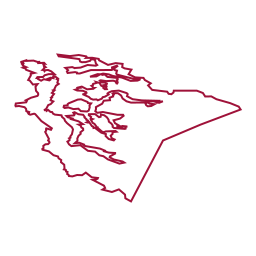 the district of Divtasvuodna smj 1, Nordland, Norway
{"feature_id": "86288312B68472629952470", "entity_name": "Divtasvuodna smj 1", "entity_type": "district", "adm_level": 2, "iso_a3": "NOR", "parent_name": "Norway", "parent_adm1": "Nordland", "projection": "natural_earth1", "projection_center": [16.254, 67.97], "detail": "fine", "context": "isolated", "style": "outline", "palette": "rose", "viewbox_px": 256, "rotation_deg": 0, "n_neighbors": 0, "source": "geoboundaries", "source_scale": "gbopen_adm2", "svg_char_len": 5557}
<svg xmlns="http://www.w3.org/2000/svg" viewBox="0 0 256 256"><path d="M57.8,54.6L58.7,56.3L79.4,59.1L80.1,61.5L81.8,62.2L85.7,62.1L90.1,60.8L90.9,59.5L93.2,59.3L95.0,60.1L95.9,63.5L97.2,65.0L95.8,65.7L87.6,65.0L80.5,67.6L74.8,68.0L75.4,68.4L72.3,67.1L65.4,67.9L68.1,70.2L66.9,71.5L67.6,73.0L75.1,72.1L77.0,72.6L77.0,73.4L79.7,73.5L90.8,70.1L111.4,70.0L112.3,69.7L112.0,67.4L116.9,65.7L117.3,66.2L113.6,68.9L115.0,70.2L117.0,70.6L116.2,73.5L117.0,74.6L133.7,78.9L139.8,79.1L139.7,79.7L137.5,80.6L130.6,80.9L122.0,77.6L112.7,75.9L108.8,74.4L103.1,73.6L100.7,74.2L102.5,74.9L105.9,74.1L105.1,74.8L107.4,76.9L116.8,77.9L117.7,78.6L117.7,79.5L116.9,80.0L117.7,82.4L117.2,83.5L116.5,83.4L115.3,81.3L113.2,80.7L106.3,81.1L100.7,80.3L99.9,80.6L101.5,82.4L104.4,82.5L106.9,83.5L106.5,84.8L104.3,85.1L106.5,86.7L106.0,87.5L106.8,89.1L104.8,89.2L103.4,88.0L104.0,87.1L101.1,85.6L99.5,82.9L96.2,82.0L96.9,82.8L93.1,83.9L92.9,85.2L91.5,85.8L92.7,86.7L92.8,88.0L94.4,88.0L93.3,88.8L87.0,89.3L81.8,86.6L79.0,87.3L79.7,87.8L77.3,88.0L77.6,89.0L75.3,89.7L77.2,90.5L82.9,90.8L86.2,92.1L86.5,92.8L85.2,93.5L86.4,94.1L82.5,94.1L88.9,97.0L90.7,98.7L93.1,99.6L96.5,99.4L97.8,100.3L101.8,98.7L102.7,97.2L104.9,96.7L108.6,94.5L107.6,93.4L108.6,92.6L111.8,91.2L118.9,90.6L126.7,93.1L127.7,94.1L127.0,96.2L132.6,99.2L141.9,100.4L159.0,100.8L158.3,102.0L162.9,101.3L159.1,102.8L153.5,101.3L146.6,101.6L149.6,103.7L154.5,104.2L151.2,106.0L147.8,106.3L146.2,105.2L145.5,103.7L146.5,103.0L145.5,102.5L131.0,102.6L126.5,101.3L122.6,98.5L121.1,95.5L117.9,93.2L113.5,93.1L112.7,93.5L113.8,94.7L112.9,95.4L113.1,96.5L109.6,97.7L110.0,100.2L103.8,100.7L102.2,103.7L95.9,107.1L96.0,109.1L95.3,111.2L97.3,112.8L102.8,112.0L117.4,114.8L123.1,114.8L123.6,115.8L120.0,118.6L113.6,120.3L115.0,123.2L119.3,125.7L116.5,126.3L120.5,127.2L122.2,126.8L121.7,126.3L122.2,126.0L127.3,126.5L125.2,127.1L125.6,128.6L124.9,128.9L114.0,128.0L112.6,126.8L112.7,125.4L111.4,123.6L108.9,121.7L108.5,119.6L106.9,117.3L104.3,115.3L101.0,114.5L100.6,116.8L99.0,117.2L95.1,114.1L88.9,114.2L88.8,115.2L91.1,116.9L90.6,118.5L92.7,119.1L91.0,120.0L92.7,122.9L94.5,123.9L97.0,127.3L98.5,127.5L97.6,127.8L102.1,131.7L103.8,132.2L105.8,131.4L115.5,131.0L116.4,131.7L112.5,132.1L112.6,133.9L110.7,135.7L111.8,138.3L114.6,139.5L113.8,140.4L108.7,139.0L105.6,136.0L105.9,134.1L101.3,132.7L94.7,127.7L93.5,128.0L93.2,126.6L91.9,126.1L89.1,122.0L88.1,122.6L86.7,122.3L88.1,121.5L88.0,120.6L86.3,119.7L86.4,119.1L84.5,117.5L84.7,116.9L83.2,114.8L78.3,114.2L74.6,112.2L73.3,112.7L74.6,114.6L74.0,115.4L66.4,116.0L67.6,117.2L72.3,118.5L71.4,119.2L78.5,121.3L82.9,124.1L78.7,124.6L80.8,125.7L81.3,127.4L83.1,128.5L83.2,130.1L80.4,132.3L80.7,133.8L78.5,135.8L77.3,138.5L77.5,140.8L74.9,143.1L79.4,142.8L83.8,144.5L83.5,144.9L85.0,146.0L100.0,148.6L104.8,150.6L104.2,151.3L108.8,152.6L115.1,153.0L115.1,153.6L109.9,156.4L109.7,157.3L113.8,159.5L122.6,161.5L124.3,162.6L119.4,163.6L107.9,159.4L103.4,156.2L99.3,155.3L95.1,151.6L87.9,150.8L80.3,145.2L71.4,146.1L69.0,144.3L67.4,141.6L69.5,140.3L69.6,138.8L69.1,138.3L70.5,137.6L70.3,136.4L71.9,134.3L73.0,129.4L71.9,127.2L67.0,123.1L64.9,120.7L64.4,119.0L62.0,116.9L61.5,115.3L54.9,114.6L53.0,113.6L52.2,112.1L50.4,111.9L48.1,109.9L46.7,110.8L46.6,110.1L44.0,110.2L46.2,108.9L48.2,105.1L50.7,104.1L53.3,101.4L50.6,100.3L51.5,98.0L51.1,97.6L52.2,97.1L52.0,96.4L54.0,94.0L51.9,92.9L53.8,91.0L53.1,90.3L54.6,89.9L54.2,89.4L56.0,85.7L58.7,83.9L57.3,82.7L58.2,80.0L56.9,79.2L57.9,78.5L54.9,76.3L54.1,77.0L53.0,75.6L53.5,78.2L50.7,77.7L48.9,78.4L50.5,78.8L50.6,79.5L49.4,80.4L43.8,79.2L41.1,80.7L38.2,79.1L38.4,78.4L36.7,78.1L37.4,77.1L43.0,77.0L44.6,75.3L48.8,74.1L54.4,74.1L51.3,71.4L48.1,70.0L45.4,70.2L44.5,71.2L43.9,70.0L42.6,69.9L44.4,68.1L44.1,67.1L45.5,67.0L43.3,64.6L43.4,63.5L44.9,63.7L44.1,62.8L38.1,63.1L37.9,62.5L40.2,61.8L37.7,62.0L33.5,60.6L26.2,60.9L26.2,60.3L20.5,62.1L24.0,62.6L21.0,63.5L23.2,63.8L22.6,64.7L23.1,65.1L22.9,65.7L26.1,67.1L23.3,67.8L25.7,68.7L26.1,69.8L34.5,72.9L30.7,73.7L30.8,75.5L28.2,80.0L29.8,80.6L32.9,84.5L37.5,84.1L35.5,86.7L36.0,90.8L38.1,93.2L38.2,94.8L37.5,95.9L31.1,97.7L25.8,100.3L26.9,100.9L26.2,102.3L15.8,103.5L15.4,105.6L15.7,106.3L19.1,106.0L24.6,107.2L26.1,108.9L26.3,111.1L29.1,112.0L28.7,112.7L29.8,113.1L28.2,113.2L28.7,114.0L30.2,114.7L34.1,113.7L35.2,114.1L41.4,121.1L51.8,128.3L51.0,129.8L46.3,128.4L46.0,129.0L46.2,130.6L45.2,131.9L48.9,138.9L48.1,140.5L49.2,141.4L49.5,142.6L48.1,144.1L45.4,144.3L43.3,145.9L43.5,148.1L42.3,149.0L42.5,149.7L48.9,151.4L53.5,155.2L58.0,156.5L58.6,158.3L61.2,160.0L61.0,162.2L64.2,164.7L64.5,168.4L63.9,169.4L65.8,169.9L66.1,171.5L67.5,171.9L67.2,174.0L68.5,174.7L68.9,176.0L72.4,176.4L77.1,175.0L82.1,175.2L85.8,172.6L91.8,177.3L97.9,178.0L97.6,178.7L95.6,179.6L92.8,179.9L104.0,185.7L105.1,188.0L102.5,189.6L111.9,192.0L118.9,189.4L125.0,194.6L125.4,198.3L131.0,201.4L163.0,140.5L200.6,124.6L240.6,109.5L238.7,106.6L230.1,103.1L216.4,99.2L211.3,96.4L205.2,96.5L202.9,93.0L196.9,90.7L173.8,90.7L173.5,92.5L171.4,94.2L168.6,93.8L167.2,91.7L152.2,89.9L148.1,85.4L150.7,83.3L144.8,80.0L143.5,77.9L135.2,77.4L128.6,74.2L131.4,69.6L124.6,68.4L122.2,67.1L122.6,63.9L115.7,63.1L108.0,64.9L99.1,60.3L98.7,58.9L92.3,57.8L86.2,57.9L86.9,57.3L86.3,56.4L78.8,55.0L69.8,56.1L57.8,54.6ZM81.1,99.3L77.7,99.6L68.7,103.3L67.7,104.1L67.6,105.3L64.0,105.7L63.6,107.2L64.6,108.0L68.5,107.5L73.4,109.1L78.4,108.7L80.8,111.1L87.0,111.5L88.7,110.6L89.7,107.4L89.5,105.5L91.1,103.4L88.0,103.1L87.6,102.0L81.1,99.3ZM100.3,74.3L97.6,74.1L90.0,76.7L96.4,76.4L100.3,74.3Z" fill="none" stroke="#9f1239" stroke-width="2"/></svg>